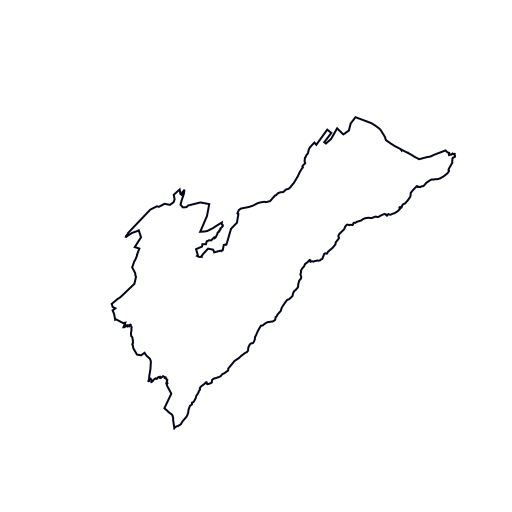 the district of Rubas pag., Saldus, Latvia, rotated 301°
{"feature_id": "27541924B9858590897676", "entity_name": "Rubas pag.", "entity_type": "district", "adm_level": 2, "iso_a3": "LVA", "parent_name": "Latvia", "parent_adm1": "Saldus", "projection": "robinson", "projection_center": [22.561, 56.414], "detail": "fine", "context": "isolated", "style": "outline", "palette": "ink", "viewbox_px": 512, "rotation_deg": 301, "n_neighbors": 0, "source": "geoboundaries", "source_scale": "gbopen_adm2", "svg_char_len": 6099}
<svg xmlns="http://www.w3.org/2000/svg" viewBox="0 0 512 512"><g transform="rotate(301 256 256)"><path d="M205.4,134.5L205.5,134.8L206.2,135.2L207.2,135.5L212.0,137.9L216.2,141.4L217.6,142.3L212.8,147.8L201.2,147.5L202.3,152.2L195.9,153.3L195.8,153.6L194.3,153.9L190.7,154.5L189.1,154.4L182.5,155.7L179.0,161.4L177.5,162.4L176.3,163.9L169.5,166.1L150.9,161.0L147.6,159.4L140.6,157.0L138.5,159.4L138.7,162.4L135.5,161.1L133.1,164.4L128.8,168.1L129.6,168.6L130.1,176.8L131.5,178.3L126.7,179.1L127.1,179.7L128.5,179.6L128.5,180.5L129.6,180.4L129.5,181.1L130.3,181.4L130.2,181.7L129.8,182.1L130.7,182.4L131.4,182.9L131.0,183.3L132.0,183.3L132.5,183.6L132.5,183.9L131.4,184.1L131.6,184.9L130.8,186.2L129.7,186.5L128.6,187.3L124.8,188.9L123.5,190.0L123.1,190.3L122.8,191.4L122.3,192.2L120.3,193.9L118.8,194.7L118.2,195.4L117.3,195.3L116.3,195.6L116.2,196.2L113.7,198.4L110.2,204.7L111.7,208.7L115.6,210.3L114.2,213.3L113.3,217.9L112.1,219.6L111.1,220.4L104.8,223.7L97.5,226.6L96.0,227.5L93.4,228.2L93.5,228.6L93.8,228.8L95.8,228.3L96.4,228.4L96.6,228.7L96.0,229.8L95.6,230.9L94.3,231.0L94.0,231.2L94.1,231.4L95.2,231.8L97.9,232.2L99.3,232.9L99.6,233.2L99.4,234.1L99.6,234.3L101.7,234.6L102.8,235.6L103.0,235.9L102.0,236.5L102.1,236.9L102.8,237.4L105.1,238.2L105.2,240.0L104.6,240.5L105.2,241.0L104.7,241.4L104.8,242.3L104.1,242.8L104.0,243.9L102.5,244.2L101.2,245.7L100.8,245.5L100.5,244.9L98.6,247.2L94.4,254.3L78.3,255.9L77.7,259.5L77.2,261.3L76.7,266.0L74.6,268.4L72.9,269.3L66.3,274.7L68.6,275.3L70.3,276.8L72.9,278.2L76.5,278.2L82.4,279.2L84.5,279.1L85.6,278.7L86.4,278.7L89.7,277.3L93.5,276.6L95.8,277.5L96.9,276.8L97.4,276.7L98.4,277.5L99.4,277.7L103.5,277.5L104.3,277.1L105.1,276.9L109.4,277.0L110.6,276.6L112.2,276.8L113.1,276.6L113.6,276.0L114.1,275.9L115.6,276.0L120.2,277.8L122.0,278.2L122.3,278.7L121.1,280.0L121.2,280.5L122.2,281.5L124.3,283.1L124.9,283.3L125.8,282.7L127.0,282.2L128.1,282.5L129.8,283.4L129.9,283.8L133.7,287.0L135.3,287.8L137.4,287.9L138.9,289.1L143.5,291.1L145.2,290.2L155.3,291.7L155.7,292.0L159.9,294.0L162.4,294.6L167.5,296.7L168.8,297.6L170.4,297.9L171.0,297.8L173.5,296.6L176.9,296.2L178.7,296.9L179.7,298.2L181.1,298.4L183.7,298.0L186.1,296.9L187.8,296.9L192.6,296.2L198.2,296.1L198.9,296.2L200.0,297.6L201.5,298.0L204.4,299.4L205.2,300.0L208.5,304.0L209.4,304.6L210.8,305.2L211.6,305.2L213.7,304.3L214.9,304.8L216.9,304.6L221.7,305.5L224.0,304.9L225.8,304.7L230.8,304.9L234.4,305.3L236.0,306.6L240.0,307.8L240.8,307.8L243.9,306.8L246.0,306.9L247.3,307.5L250.3,308.0L251.3,307.9L253.3,306.9L256.8,305.8L258.9,305.9L259.6,306.2L260.7,305.9L261.8,305.2L263.2,303.4L265.3,303.0L266.5,302.1L269.2,302.0L271.8,302.5L274.7,302.2L275.5,302.7L276.7,303.1L277.1,303.4L279.0,303.6L280.3,304.1L280.3,304.8L279.4,305.2L279.1,305.7L279.9,306.3L280.4,307.0L280.7,308.1L282.1,309.1L282.7,310.0L283.7,310.8L284.4,312.4L285.2,313.1L286.5,313.5L287.7,314.3L292.9,313.4L293.9,313.9L294.4,315.3L294.7,315.6L296.6,315.5L302.7,317.5L306.9,318.1L308.7,317.3L313.7,318.0L314.5,317.6L315.3,316.4L316.6,316.1L318.1,316.1L323.9,317.7L325.2,317.7L327.0,317.3L329.4,317.7L330.1,318.3L330.3,319.6L331.4,320.9L332.2,322.7L332.9,322.9L334.7,322.6L335.3,323.3L335.6,324.1L337.1,324.7L340.5,327.8L342.5,328.6L344.3,329.8L346.6,332.5L347.6,334.7L348.1,335.6L351.3,338.1L351.8,339.3L351.8,339.7L352.4,340.7L356.1,342.8L358.2,344.5L358.6,345.9L358.0,346.6L358.0,347.5L360.1,347.9L360.4,349.6L360.7,350.1L362.2,351.0L364.0,352.7L367.6,354.5L370.3,355.1L371.2,354.1L371.8,354.0L372.1,354.2L371.7,355.2L372.1,355.6L372.7,355.7L374.6,355.3L376.0,355.4L377.8,356.7L382.2,357.5L386.2,357.7L387.8,357.2L389.7,356.1L392.7,356.5L398.6,357.8L398.9,358.0L399.0,358.7L398.5,359.2L399.5,360.6L399.6,361.3L400.9,362.0L402.0,363.3L403.2,363.8L406.5,364.3L411.0,366.4L412.3,367.4L412.7,368.6L413.7,369.5L415.6,372.3L417.3,373.8L420.9,375.8L425.4,377.5L427.9,377.7L428.6,377.5L428.9,376.7L429.7,376.4L437.2,376.2L437.9,375.6L441.0,374.1L442.1,374.3L442.9,375.3L443.9,375.3L444.3,375.1L445.0,374.1L445.7,373.8L445.5,373.5L445.7,373.3L445.5,373.0L445.1,372.9L444.9,372.1L444.5,371.8L444.7,371.6L443.5,371.1L443.6,370.8L441.9,369.5L442.1,369.2L443.9,368.4L443.4,366.8L444.1,364.1L434.7,356.7L431.0,354.2L428.6,351.4L423.0,346.0L422.7,341.1L422.8,336.4L422.6,334.9L422.8,333.4L422.6,333.4L422.1,326.7L422.1,326.4L421.4,326.5L422.1,324.7L421.7,318.1L421.8,314.1L422.2,307.9L423.2,306.6L423.2,306.4L424.3,305.5L427.7,298.9L428.6,296.8L429.2,291.3L429.3,286.6L426.2,269.8L418.3,268.9L411.3,271.0L405.3,268.3L405.3,267.6L407.2,259.8L395.0,260.1L388.4,258.0L388.7,255.9L400.3,257.2L401.0,252.0L382.4,250.4L383.3,247.6L377.0,246.3L374.9,246.3L370.8,247.6L367.9,247.2L366.3,247.6L365.5,247.3L362.3,248.8L360.8,250.4L358.7,249.8L356.7,249.6L356.0,250.6L354.6,250.3L350.1,250.3L345.9,250.8L338.2,250.8L333.8,250.1L333.1,250.2L330.3,249.3L328.5,247.5L324.8,246.4L323.1,244.0L320.9,242.4L318.5,241.9L317.5,241.1L310.3,239.8L307.3,236.9L306.8,235.3L304.7,232.7L302.4,230.4L297.5,227.4L294.0,224.3L289.0,218.7L286.5,217.6L282.9,218.2L282.9,219.3L274.7,222.5L266.4,220.6L250.5,224.8L250.0,224.4L250.2,223.9L250.0,223.6L249.5,223.4L248.8,222.7L243.8,224.5L243.3,224.2L243.1,224.1L243.3,224.0L240.4,221.0L237.6,218.3L238.2,217.7L239.3,215.9L237.6,211.1L230.8,209.7L227.8,209.4L227.3,209.9L225.8,207.4L225.7,205.4L226.7,205.7L231.0,201.1L236.3,204.9L238.5,204.0L240.3,207.0L243.2,206.2L244.1,206.9L245.3,207.6L246.2,209.5L250.4,210.6L250.0,211.4L251.3,211.8L255.3,211.5L256.2,211.1L257.0,211.3L258.1,211.9L258.8,211.4L260.6,211.9L260.9,211.7L261.2,211.3L263.9,212.1L264.7,212.1L265.3,211.8L265.2,211.2L265.9,210.1L267.1,209.5L263.0,207.3L257.6,204.7L252.4,201.4L250.6,199.4L248.0,195.7L265.0,193.4L276.4,189.2L273.3,180.8L264.4,171.9L262.1,171.2L261.5,170.5L260.0,168.2L261.1,164.9L264.7,163.8L272.3,162.1L276.0,160.5L273.9,160.4L272.9,160.0L272.1,160.2L271.7,161.1L270.5,161.3L270.2,161.0L270.9,160.4L270.3,160.3L270.2,159.3L273.7,156.3L266.1,154.0L262.7,157.0L259.7,157.7L255.5,155.9L253.6,150.7L248.1,147.4L247.6,145.5L241.3,141.5L209.9,134.5L208.4,134.7L206.0,134.3L205.4,134.5Z" fill="none" stroke="#020617" stroke-width="2"/></g></svg>